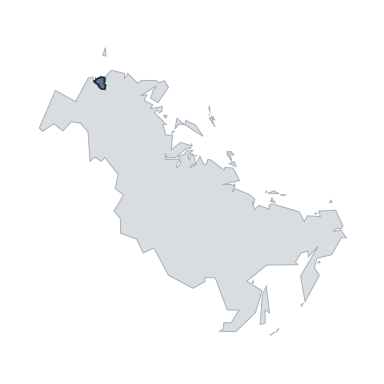 Russia, with Smolensk highlighted, rotated 95°
{"feature_id": "RUS-2343", "entity_name": "Smolensk", "entity_type": "Region", "adm_level": 1, "iso_a3": "RUS", "parent_name": "Russia", "parent_adm1": "", "projection": "albers", "projection_center": [33.375, 54.744], "detail": "fine", "context": "in_parent", "style": "filled", "palette": "slate", "viewbox_px": 384, "rotation_deg": 95, "n_neighbors": 0, "source": "natural_earth", "source_scale": "10m", "svg_char_len": 6153}
<svg xmlns="http://www.w3.org/2000/svg" viewBox="0 0 384 384"><g transform="rotate(95 192 192)"><path d="M327.2,136.1L328.3,152.4L325.9,149.1L319.3,148.8L319.1,141.7L305.7,134.9L306.4,146.6L275.6,161.3L275.9,171.5L280.0,171.2L287.8,182.7L277.0,208.2L251.0,225.1L257.0,235.2L243.7,243.2L239.5,259.4L224.7,261.1L217.8,268.0L200.7,259.8L195.6,268.8L180.9,267.2L165.2,281.8L169.2,285.2L165.7,291.9L170.3,296.2L141.1,300.9L133.1,309.2L132.5,318.3L142.4,326.1L136.0,335.5L144.6,346.2L141.6,349.7L102.8,336.9L112.1,315.9L87.6,305.3L86.3,301.0L90.3,299.3L85.7,289.3L77.8,283.0L79.8,269.7L84.8,269.2L79.5,266.2L88.3,255.8L85.2,252.0L84.1,237.8L86.0,234.5L83.5,228.9L89.8,224.6L105.8,233.7L102.2,241.3L94.2,239.6L91.3,237.2L89.4,236.8L100.5,251.6L99.0,245.5L104.9,247.8L108.7,238.7L112.6,240.4L109.5,229.0L114.1,229.1L116.0,231.6L113.1,234.0L116.5,236.2L126.9,223.7L126.9,227.0L137.6,223.0L137.1,216.2L151.7,216.4L143.4,207.4L146.2,197.0L148.3,196.8L149.8,202.0L159.1,211.3L160.1,220.0L155.8,222.0L162.0,221.1L160.4,208.4L162.0,206.7L166.1,210.3L169.2,209.1L163.9,205.8L157.7,208.5L155.2,203.0L151.5,201.0L150.6,194.8L155.4,199.3L159.6,198.1L160.5,197.3L154.2,196.8L156.1,193.0L163.4,190.7L165.4,195.3L167.9,196.0L164.0,190.4L155.6,187.2L163.6,182.8L162.5,179.8L158.4,179.1L158.2,176.4L167.4,162.1L164.7,161.4L164.5,153.3L176.4,145.6L181.9,162.3L181.1,153.3L183.2,149.9L187.3,151.7L188.1,151.7L188.4,151.3L185.0,149.1L189.5,134.7L193.7,128.8L197.9,129.4L196.1,131.5L204.0,127.8L199.5,124.4L202.5,113.2L198.9,114.3L196.7,111.7L202.4,83.4L211.7,77.5L205.7,75.0L205.3,61.9L200.1,64.0L197.5,47.4L212.5,38.8L215.8,40.4L215.4,44.3L219.1,47.6L217.0,40.4L224.2,34.3L224.5,39.2L242.3,47.4L247.0,61.8L256.7,63.5L263.9,57.9L291.5,69.8L266.1,76.5L235.2,61.6L246.4,70.4L240.8,71.5L243.3,78.1L252.6,82.9L255.2,80.4L258.3,111.3L276.0,129.6L284.3,113.7L306.4,118.2L327.2,136.1ZM135.6,185.8L125.6,204.9L121.1,204.4L125.1,194.2L135.6,185.8ZM279.4,109.8L305.7,104.2L303.2,109.0L316.1,107.6L318.1,112.5L289.0,113.0L279.4,109.8ZM120.0,213.3L125.5,205.4L125.5,210.9L130.7,214.6L120.0,213.3ZM186.5,116.5L183.7,110.3L186.1,105.2L186.5,116.5ZM151.7,157.0L158.2,154.9L151.8,159.9L151.7,157.0ZM148.3,156.4L152.1,153.3L148.6,159.3L148.3,156.4ZM158.2,152.6L162.7,150.3L160.4,157.4L158.2,152.6ZM187.4,104.1L186.4,101.0L187.1,97.7L187.4,104.1ZM55.7,290.9L63.9,289.6L63.9,292.8L55.7,290.9ZM109.0,181.7L111.6,180.5L106.6,182.9L109.0,181.7ZM192.7,111.2L195.3,107.7L194.4,113.3L192.7,111.2ZM120.8,224.5L119.0,226.9L117.7,225.9L118.3,223.6L120.8,224.5ZM114.0,179.4L116.2,178.1L117.7,178.3L114.0,179.4ZM122.1,176.4L121.5,178.1L119.5,178.3L119.7,177.4L122.1,176.4ZM124.5,175.5L122.4,176.3L125.1,174.6L124.5,175.5ZM133.2,214.9L135.5,217.5L132.7,216.0L133.2,214.9ZM151.3,158.4L150.7,160.3L149.1,160.5L151.3,158.4ZM114.9,177.5L117.9,176.1L117.1,177.3L114.9,177.5ZM190.0,51.7L190.6,53.8L188.0,52.9L190.0,51.7ZM106.5,181.5L108.5,181.4L104.5,182.3L106.5,181.5ZM145.8,196.0L143.8,197.6L145.7,195.8L145.8,196.0ZM180.3,150.0L182.4,149.9L180.7,151.1L180.3,150.0ZM201.8,65.3L203.2,66.7L202.8,67.8L201.8,65.3ZM118.9,179.4L117.3,179.5L119.8,179.0L118.9,179.4ZM117.7,177.2L118.9,177.7L117.0,177.8L117.7,177.2ZM320.1,93.5L322.0,94.2L324.7,96.6L320.1,93.5ZM116.4,180.2L117.7,180.7L116.4,181.0L116.4,180.2ZM155.7,192.8L154.7,194.6L154.3,194.7L155.7,192.8ZM251.4,58.4L251.4,60.5L250.0,58.9L251.4,58.4ZM191.1,111.3L192.5,112.1L191.4,112.5L191.1,111.3ZM275.0,123.3L277.5,123.1L276.8,124.4L275.0,123.3ZM292.8,71.4L296.4,72.9L295.5,73.6L292.8,71.4ZM114.2,181.2L113.0,181.8L112.5,181.7L114.2,181.2ZM155.2,190.0L155.7,191.4L155.2,191.3L155.2,190.0ZM185.3,117.5L186.1,118.5L184.3,118.0L185.3,117.5ZM327.3,101.3L324.6,97.7L327.9,101.4L327.3,101.3Z" fill="#d9dde1" stroke="#a8b0b8" stroke-width="1"/><path d="M85.8,291.8L85.9,291.7L85.8,291.4L85.8,291.2L85.7,291.0L85.6,290.8L85.6,290.7L85.4,290.6L85.5,290.4L85.7,290.2L85.7,289.9L85.7,289.7L85.8,289.7L85.7,289.6L85.8,289.5L85.8,289.3L85.7,289.3L85.8,289.1L85.9,288.9L86.0,288.8L86.0,288.7L86.1,288.4L86.5,288.6L86.8,288.6L87.0,288.6L87.3,288.6L87.5,288.5L87.8,288.6L88.0,288.7L88.3,288.4L88.4,288.5L88.6,288.6L88.8,288.8L88.7,288.8L88.7,289.0L88.8,288.9L89.0,288.9L89.3,288.9L89.5,288.7L89.5,288.8L89.8,288.9L90.0,289.0L90.1,288.9L90.3,288.9L90.5,288.9L90.7,289.0L90.8,289.0L91.0,289.1L91.4,289.0L91.5,289.1L91.7,288.9L91.8,288.8L92.1,288.8L92.2,288.7L92.5,288.6L92.6,288.4L92.7,288.2L92.8,288.2L92.9,287.9L92.8,287.7L93.0,287.7L93.2,287.8L93.3,287.8L93.3,287.7L93.3,287.4L93.5,287.2L93.9,287.2L94.2,287.1L94.3,287.1L94.5,287.2L94.5,287.3L94.8,287.4L95.1,287.6L95.4,287.8L95.5,287.8L95.5,287.7L95.8,287.6L96.4,287.5L96.6,287.6L96.8,287.6L96.9,287.8L97.0,287.8L96.9,287.9L97.0,287.9L97.1,288.1L97.2,288.3L97.2,288.5L97.2,288.8L97.3,289.0L97.4,289.3L97.2,289.4L97.1,289.5L97.1,289.8L97.1,290.2L97.1,290.3L97.1,290.5L97.3,290.9L97.3,291.0L97.2,291.0L97.1,291.3L97.1,291.5L96.7,291.9L96.8,292.0L96.6,292.2L96.5,292.3L96.4,292.5L96.1,292.5L96.0,292.8L96.2,293.0L96.0,293.3L95.8,293.4L95.7,293.4L95.5,293.5L95.4,293.5L95.2,293.5L95.0,293.4L94.9,293.4L94.9,293.5L95.1,293.6L95.1,293.8L95.0,294.1L94.8,294.3L94.9,294.5L94.7,294.6L94.4,294.3L94.2,294.1L93.9,294.1L93.6,294.0L93.4,294.0L93.1,294.0L92.9,294.3L92.9,294.5L92.8,294.8L92.9,295.1L93.0,295.1L92.9,295.2L92.9,295.3L92.7,295.4L92.7,295.5L92.8,295.5L92.8,295.8L92.7,295.9L92.6,296.0L92.4,296.2L92.3,296.3L92.5,296.5L92.3,296.6L92.3,296.8L92.1,296.8L92.2,296.7L91.9,296.8L91.8,297.0L91.9,297.3L91.8,297.5L91.7,297.5L91.7,297.8L91.3,298.1L91.1,298.3L90.9,298.5L90.8,298.8L90.8,299.1L90.7,299.2L90.5,299.3L90.5,299.2L90.4,299.2L90.2,299.1L90.2,298.9L90.0,299.0L90.0,298.9L89.9,298.8L89.6,298.7L89.5,298.4L89.7,298.1L89.7,297.9L89.4,297.9L89.3,297.7L89.2,297.7L88.9,297.6L88.7,297.5L88.6,297.4L88.1,297.6L87.8,297.5L87.7,297.5L87.8,297.4L87.9,297.2L88.0,296.8L88.0,296.7L88.0,296.3L87.9,296.3L87.8,296.2L87.7,296.1L87.3,295.9L87.1,295.9L86.6,295.5L86.6,295.4L86.6,295.0L86.6,294.9L86.4,294.6L86.3,294.4L86.1,294.3L86.0,294.2L86.2,293.8L86.3,293.7L86.2,293.6L86.1,293.4L85.9,293.4L85.4,292.9L85.2,292.8L85.3,292.7L85.4,292.3L85.4,292.2L85.5,292.2L85.7,291.9L85.8,291.8Z" fill="#64748b" stroke="#1e293b" stroke-width="1.5"/></g></svg>